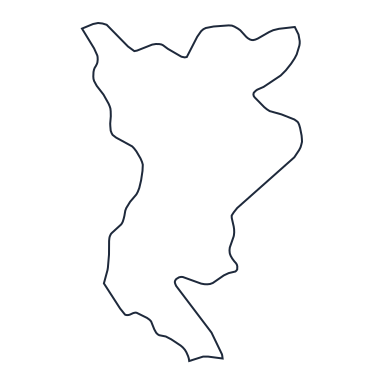 SVG path tracing the border of Siliana
{"feature_id": "TUN-115", "entity_name": "Siliana", "entity_type": "Governorate", "adm_level": 1, "iso_a3": "TUN", "parent_name": "Tunisia", "parent_adm1": "", "projection": "equal_earth", "projection_center": [9.32, 35.967], "detail": "fine", "context": "isolated", "style": "outline", "palette": "slate", "viewbox_px": 384, "rotation_deg": 0, "n_neighbors": 0, "source": "natural_earth", "source_scale": "10m", "svg_char_len": 2428}
<svg xmlns="http://www.w3.org/2000/svg" viewBox="0 0 384 384"><path d="M222.6,358.5L208.1,356.6L203.1,356.6L189.2,361.0L188.8,358.5L188.1,356.2L186.4,352.3L184.9,349.8L182.8,347.4L180.7,345.6L171.2,339.3L165.8,336.5L159.2,335.2L157.7,334.3L156.2,332.8L154.3,329.4L151.1,321.4L149.5,319.7L147.0,317.9L136.7,312.8L135.6,312.6L134.4,312.8L133.2,313.1L129.7,314.7L128.5,315.0L127.3,315.1L126.1,315.0L125.0,314.6L120.1,308.5L103.9,283.4L107.5,270.1L107.9,267.6L109.0,254.6L109.1,240.9L109.4,238.0L109.7,236.7L110.1,235.7L110.9,234.0L111.9,232.9L121.2,224.4L122.1,223.0L122.8,221.6L123.7,218.7L124.4,215.8L125.3,210.6L126.3,208.0L130.1,201.8L136.4,194.4L137.8,191.8L139.3,187.9L141.1,180.3L142.5,170.9L142.8,164.7L142.0,161.9L140.5,158.4L136.4,151.4L134.1,148.4L132.2,146.4L116.1,137.6L112.6,134.9L111.6,133.1L110.7,130.7L110.3,126.0L110.2,123.5L110.8,116.3L110.7,111.3L110.4,108.5L109.7,106.3L108.6,103.7L103.5,94.6L96.7,85.8L94.1,81.0L93.5,78.9L93.3,76.5L93.5,72.0L94.0,69.6L94.8,67.6L95.7,66.3L97.0,63.7L97.4,62.4L97.7,59.7L97.6,57.0L97.3,55.5L94.1,48.4L82.0,28.6L93.1,24.0L98.1,23.0L102.5,23.5L106.7,24.8L128.0,46.5L134.3,51.1L137.0,50.6L152.2,44.6L155.9,44.0L159.4,44.1L161.5,44.5L163.1,45.3L167.8,48.8L181.4,56.7L184.7,57.4L186.8,57.0L197.2,36.8L200.4,32.2L201.3,31.0L203.4,29.2L205.8,28.0L213.6,26.5L228.6,25.4L231.9,25.6L234.4,26.6L237.9,28.6L240.3,30.3L246.1,36.7L247.7,38.1L250.0,39.5L251.7,40.0L253.1,40.1L255.3,39.6L257.7,38.6L269.0,32.1L273.2,30.2L279.0,28.8L294.8,27.0L298.5,34.5L299.7,41.1L299.7,43.4L299.4,45.5L296.7,54.4L294.6,58.4L291.1,63.7L285.8,70.4L280.7,75.5L263.6,86.9L257.2,89.7L255.8,90.7L253.8,92.7L253.4,94.3L253.7,95.9L254.6,97.3L264.2,107.1L266.9,109.3L269.7,111.1L281.5,114.4L294.4,119.5L296.9,121.3L298.0,122.3L299.1,124.6L300.1,128.0L301.6,135.6L301.9,139.2L302.0,141.8L301.3,144.7L300.5,147.4L299.1,150.1L294.3,157.3L237.2,208.0L233.7,212.4L231.7,215.5L231.7,217.0L231.8,218.2L233.7,226.5L234.1,229.3L234.2,232.4L233.9,235.3L233.6,236.6L229.8,247.5L229.5,250.3L229.7,252.7L229.9,253.8L230.3,254.8L230.6,255.7L232.2,258.5L234.2,261.2L235.9,263.1L236.8,264.5L237.3,266.3L237.2,269.4L236.3,270.7L235.4,271.5L228.7,273.1L223.8,275.4L212.8,283.0L210.0,284.0L207.2,284.3L204.4,284.2L201.1,283.6L182.8,277.0L181.1,276.9L179.1,277.3L176.3,279.0L175.2,280.5L174.8,282.0L175.1,283.4L175.6,284.7L176.2,286.0L211.5,332.6L221.9,354.2L222.2,355.4L222.6,358.5Z" fill="none" stroke="#1e293b" stroke-width="2"/></svg>